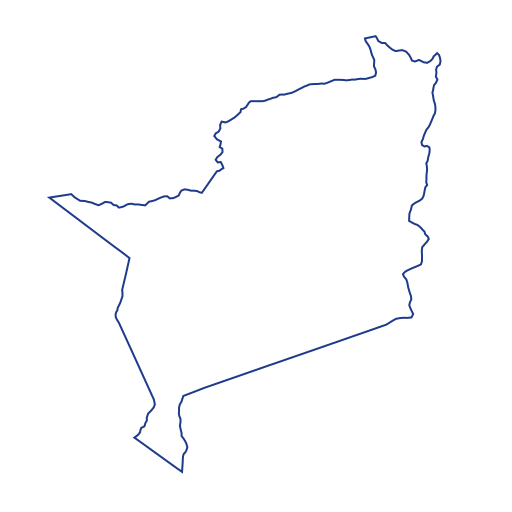 the district of Araci, Bahia, Brazil, rotated 85°
{"feature_id": "56859067B44798977515529", "entity_name": "Araci", "entity_type": "district", "adm_level": 2, "iso_a3": "BRA", "parent_name": "Brazil", "parent_adm1": "Bahia", "projection": "orthographic", "projection_center": [-39.114, -11.24], "detail": "fine", "context": "isolated", "style": "outline", "palette": "blue", "viewbox_px": 512, "rotation_deg": 85, "n_neighbors": 0, "source": "geoboundaries", "source_scale": "gbopen_adm2", "svg_char_len": 3912}
<svg xmlns="http://www.w3.org/2000/svg" viewBox="0 0 512 512"><g transform="rotate(85 256 256)"><path d="M125.7,64.4L122.7,64.3L119.9,64.5L116.6,65.3L114.2,65.5L111.7,65.7L108.6,66.0L106.5,65.2L103.7,64.5L101.2,63.7L99.4,61.8L96.0,59.9L92.9,61.2L89.5,60.3L85.9,60.3L83.2,59.2L81.4,56.3L78.1,55.2L74.8,55.4L71.8,56.1L69.7,57.9L71.2,59.7L72.6,61.6L74.9,62.9L76.9,65.2L78.5,68.7L77.6,72.1L74.9,76.5L76.1,80.8L74.8,83.7L72.4,84.4L68.9,86.0L65.5,88.7L63.7,92.2L63.8,95.9L64.1,98.9L62.5,101.9L60.6,104.0L57.5,107.0L55.2,108.6L54.7,112.2L52.6,115.3L49.7,116.5L47.4,117.7L48.8,128.5L51.6,128.0L54.6,126.2L57.5,124.7L60.1,124.0L62.5,123.6L65.7,123.0L68.9,121.8L71.0,121.1L74.1,121.5L77.1,122.0L80.4,120.8L83.6,120.4L86.7,121.4L87.8,124.2L88.5,127.8L89.1,131.2L88.9,134.0L88.5,136.5L88.7,139.8L88.9,142.5L88.6,144.8L88.8,147.4L88.9,150.6L88.2,153.9L87.8,157.1L87.5,160.0L87.3,162.4L88.3,165.5L89.4,169.0L90.4,172.8L89.9,175.5L90.0,179.7L89.7,183.9L89.7,187.7L90.7,190.5L91.3,192.9L92.3,195.2L93.4,198.1L95.2,202.3L96.6,206.3L97.1,210.5L97.7,214.0L97.4,216.2L97.4,218.6L99.5,221.7L99.9,225.3L100.6,227.8L101.2,230.5L101.9,232.6L102.4,235.8L101.3,247.6L102.5,249.6L104.6,251.2L106.8,253.0L108.1,255.6L108.6,258.2L111.2,258.8L114.1,262.4L116.2,265.4L117.3,267.6L118.4,269.7L119.5,272.0L120.3,274.8L119.1,278.5L122.2,280.3L125.8,280.4L128.9,282.4L130.3,285.4L132.8,287.1L136.3,284.8L138.9,280.9L141.9,281.7L144.3,282.7L146.1,280.2L149.5,280.3L151.9,282.5L154.0,285.8L156.6,287.8L159.5,285.9L159.2,283.0L162.3,281.7L165.6,280.8L166.6,283.0L167.9,285.0L168.2,287.6L188.3,304.4L187.6,306.7L186.3,308.7L185.6,311.7L185.2,315.2L184.0,318.5L183.4,321.4L184.3,324.6L186.4,326.3L189.0,327.7L190.3,330.9L191.1,333.3L191.1,336.9L188.8,339.1L188.6,342.4L189.6,346.1L190.8,349.4L191.8,352.3L192.3,355.5L192.6,357.9L194.4,360.1L195.9,362.0L195.2,365.3L194.3,369.2L194.1,372.3L193.1,375.3L193.1,378.3L193.7,380.7L194.9,383.0L195.6,385.8L195.8,388.4L193.5,390.4L192.8,393.4L190.3,395.7L189.5,398.7L189.0,401.7L190.7,405.3L191.7,408.5L189.9,412.4L188.4,415.2L187.5,418.5L186.3,421.6L185.7,426.3L183.8,428.9L181.3,432.0L178.3,434.6L179.8,456.8L197.7,437.0L199.4,435.1L231.6,399.4L242.6,387.0L247.1,382.2L263.1,387.3L278.1,392.3L280.4,392.2L284.4,392.5L290.1,395.0L292.8,396.5L295.4,398.2L298.1,398.9L300.0,400.3L302.1,401.0L305.1,401.0L308.0,399.7L310.6,398.4L346.1,385.8L390.3,370.2L394.9,369.7L397.8,371.0L400.6,373.6L403.6,377.2L407.2,378.8L410.4,379.1L412.9,380.8L416.0,382.0L417.2,385.2L419.1,386.2L421.6,386.9L423.7,388.9L425.1,390.9L426.3,393.0L458.6,355.6L464.6,348.5L455.1,347.0L452.5,346.7L449.4,346.2L446.9,345.3L445.5,343.6L443.2,342.1L440.7,341.1L437.2,341.6L434.3,342.7L431.5,344.1L428.9,345.8L426.0,345.6L422.6,346.1L418.6,346.6L414.9,345.7L411.9,345.4L409.2,346.2L406.6,346.6L404.0,346.2L400.5,345.9L397.4,344.9L394.2,342.7L391.6,341.7L389.1,340.6L382.7,318.4L366.7,255.0L351.1,192.8L336.5,135.2L335.8,132.3L334.0,128.7L332.4,125.6L330.8,122.0L330.4,118.3L330.4,114.3L330.8,111.0L330.8,106.5L327.5,104.5L324.1,105.8L320.7,107.0L318.3,107.6L315.4,106.6L312.8,105.1L309.5,105.1L304.7,106.3L300.5,107.1L295.5,107.6L292.5,108.3L289.4,110.4L286.9,111.2L284.6,108.7L283.3,105.8L282.1,102.4L280.8,98.4L279.7,94.9L278.7,92.4L275.7,91.1L272.4,90.8L269.4,90.5L266.0,90.5L261.8,89.7L258.4,86.3L256.8,84.5L254.1,82.4L251.6,83.2L249.1,85.5L246.3,86.1L244.6,87.6L242.5,89.1L240.5,90.9L239.0,92.7L238.0,95.0L236.6,97.2L234.4,100.4L230.9,100.0L227.3,99.5L223.2,97.6L219.3,96.3L217.8,94.3L216.5,91.7L215.1,88.2L213.4,85.5L211.1,84.0L208.6,83.1L205.8,82.4L202.1,81.2L200.2,79.3L197.5,80.0L194.6,79.5L191.9,79.3L189.0,78.9L186.4,78.3L184.2,78.0L181.0,78.0L178.5,78.3L176.4,76.8L172.6,75.8L168.5,74.3L165.2,73.7L162.9,73.8L161.2,76.3L161.6,78.6L159.9,80.9L157.1,81.3L153.9,79.5L150.8,78.3L147.7,76.7L144.9,75.1L142.7,72.9L140.1,71.2L137.8,70.0L134.6,68.3L132.0,67.0L129.4,65.3L125.7,64.4Z" fill="none" stroke="#1e3a8a" stroke-width="2"/></g></svg>